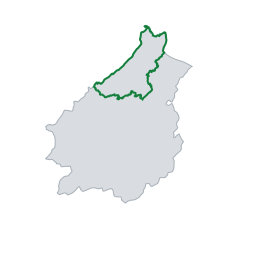 where Brest sits in Belarus, rotated 132°
{"feature_id": "BLR-2338", "entity_name": "Brest", "entity_type": "Region", "adm_level": 1, "iso_a3": "BLR", "parent_name": "Belarus", "parent_adm1": "", "projection": "robinson", "projection_center": [25.618, 52.455], "detail": "fine", "context": "in_parent", "style": "outline", "palette": "green", "viewbox_px": 256, "rotation_deg": 132, "n_neighbors": 0, "source": "natural_earth", "source_scale": "10m", "svg_char_len": 8681}
<svg xmlns="http://www.w3.org/2000/svg" viewBox="0 0 256 256"><g transform="rotate(132 128 128)"><path d="M205.9,168.7L202.1,168.5L197.5,168.6L195.0,170.0L192.1,169.3L190.2,170.1L185.7,174.0L184.0,176.0L182.4,179.2L181.5,181.6L182.1,183.3L183.0,184.8L183.2,186.5L183.7,187.8L182.6,188.7L182.0,190.1L180.0,189.9L177.6,188.5L177.1,186.7L175.2,185.3L174.0,184.6L172.0,184.5L168.9,185.2L164.8,185.6L161.7,185.8L160.0,186.4L157.5,187.1L156.5,186.3L155.1,184.2L153.9,182.0L153.1,181.1L152.4,180.8L151.6,180.9L150.6,181.5L149.9,182.2L147.4,183.1L146.2,183.8L145.0,185.8L144.2,185.6L143.3,185.2L142.3,183.0L140.9,182.5L138.7,182.5L136.0,182.0L133.8,181.3L133.0,181.5L131.7,182.4L130.3,182.5L127.2,181.7L126.6,182.1L124.9,184.5L124.1,184.6L123.6,184.3L123.8,182.2L122.0,181.5L119.0,181.4L116.9,181.7L115.8,181.6L115.3,181.2L112.7,177.6L111.3,177.4L108.8,177.6L105.2,177.1L101.0,176.3L98.7,176.1L97.5,175.3L94.9,175.0L88.0,173.5L85.2,173.2L81.0,173.2L74.7,172.9L70.7,173.1L68.8,173.6L66.6,173.9L59.1,174.3L56.4,174.7L55.6,175.4L54.7,177.0L51.6,179.9L48.6,181.7L48.0,181.9L46.2,180.9L44.8,180.6L43.1,180.5L41.8,180.8L41.1,181.2L41.1,183.4L41.0,183.6L39.7,181.0L39.8,178.7L40.6,177.4L41.5,176.2L41.1,174.4L42.0,172.0L42.1,170.2L41.7,169.5L41.0,168.6L39.1,167.7L38.2,166.9L35.6,165.9L33.0,164.7L32.5,163.9L32.7,163.4L33.1,162.6L35.2,160.3L37.4,158.1L38.8,157.2L46.1,154.3L47.3,153.3L47.6,151.6L47.5,148.1L47.1,145.0L46.6,142.8L45.2,138.7L41.5,130.3L39.3,121.6L40.8,122.1L44.3,122.3L47.0,121.7L48.5,121.6L49.8,121.8L53.4,121.3L54.3,122.1L55.9,122.8L59.1,121.8L62.0,120.6L64.9,120.7L65.3,120.1L66.0,117.0L66.9,116.3L70.4,116.7L71.7,116.1L73.1,114.6L75.2,113.6L76.9,113.6L78.7,112.6L79.6,113.3L80.0,114.6L79.4,115.6L79.7,116.0L80.9,116.5L83.0,116.5L84.4,116.0L84.7,115.5L84.7,114.4L84.4,113.4L83.5,112.6L81.8,112.1L80.6,112.1L80.4,111.6L80.8,110.4L81.8,108.3L83.1,106.3L83.9,105.6L84.1,104.9L83.9,103.8L83.9,101.7L85.0,98.7L86.6,96.5L88.6,95.8L91.2,95.4L92.8,94.4L93.6,93.2L94.3,91.4L95.1,91.0L101.2,91.2L102.1,89.4L102.6,88.8L103.8,88.3L104.6,87.6L104.3,87.1L102.7,86.8L99.1,86.5L98.3,85.9L98.6,85.2L99.5,83.3L100.4,80.8L100.9,78.9L101.0,77.8L101.5,77.5L104.5,77.2L105.4,76.8L108.0,74.2L109.9,73.8L115.0,74.4L117.3,74.4L120.2,74.6L120.5,74.3L121.5,71.7L126.4,67.6L129.0,66.2L130.7,65.9L131.3,66.0L134.0,68.1L134.6,68.2L136.4,67.3L139.4,67.2L140.9,68.0L143.0,70.6L144.0,71.0L147.0,69.5L148.6,69.0L149.7,69.0L155.4,71.1L155.8,71.7L155.9,72.5L155.1,74.9L156.3,76.4L157.7,77.4L160.5,75.7L161.6,75.3L162.7,75.3L164.3,74.6L165.4,73.7L166.5,73.4L168.5,73.6L172.3,73.4L176.7,74.8L177.1,75.3L179.3,77.0L180.1,77.9L180.9,78.1L182.0,79.0L183.6,79.5L184.7,79.3L185.2,79.6L185.7,80.3L185.8,81.4L185.8,84.6L184.3,86.2L184.1,86.8L184.2,87.5L185.5,88.9L187.2,91.0L187.6,92.3L187.6,93.2L185.5,96.0L184.8,96.6L184.3,98.0L184.1,99.4L184.3,100.0L188.0,102.2L190.8,103.5L191.4,104.0L191.5,104.4L190.1,106.8L190.0,107.5L192.2,108.5L193.5,110.0L194.6,112.6L196.8,115.0L204.6,118.6L205.3,119.3L205.6,120.0L205.4,121.7L204.1,124.9L205.5,125.4L208.9,125.3L213.0,125.7L218.1,127.9L218.2,128.9L217.7,129.9L218.1,130.8L218.7,131.7L223.1,134.2L223.5,134.9L223.7,136.2L223.6,137.1L222.4,137.2L221.1,137.7L218.9,138.7L218.2,140.3L214.7,142.4L212.6,143.3L210.8,143.4L206.7,142.9L205.2,141.9L204.6,141.0L203.0,140.5L200.9,140.5L198.0,140.6L197.4,140.9L197.0,142.1L195.8,144.1L194.9,145.2L198.8,149.2L200.7,150.8L201.3,151.8L201.3,152.5L200.5,153.4L200.7,155.1L202.5,157.3L201.9,157.6L201.9,160.4L202.0,163.3L202.5,164.0L203.5,164.6L204.4,165.6L205.8,168.1L205.9,168.7Z" fill="#d9dde1" stroke="#a8b0b8" stroke-width="1"/><path d="M83.1,173.4L76.4,173.3L73.0,172.6L72.1,172.6L71.2,172.8L69.4,173.6L63.7,174.3L63.3,174.3L62.0,174.0L57.0,174.3L56.5,174.5L56.1,174.8L55.4,175.7L55.0,176.2L54.5,177.9L54.0,178.5L51.7,179.7L48.6,181.9L47.8,182.0L47.2,181.6L46.7,181.0L45.9,180.8L45.4,180.7L43.9,180.4L43.5,180.4L41.5,180.8L41.2,180.9L41.0,181.1L40.8,181.4L40.7,181.6L41.4,183.0L41.4,183.3L41.3,183.7L41.2,183.7L40.9,183.3L40.3,183.1L40.1,182.7L40.3,182.7L39.9,182.1L39.7,181.7L39.7,181.3L39.8,180.6L39.8,180.4L39.5,180.2L39.8,179.9L40.1,179.7L39.9,179.4L39.8,179.2L40.1,179.1L40.0,178.9L39.8,178.6L40.0,178.0L40.1,177.6L40.5,177.3L40.9,177.0L41.3,176.7L41.5,176.1L41.2,175.8L40.9,175.3L41.1,175.1L41.2,174.5L41.4,174.4L41.3,174.2L41.4,173.9L41.4,173.1L41.6,172.6L42.0,171.9L42.2,171.6L42.6,171.4L42.3,171.0L42.1,170.0L41.9,169.7L41.9,169.4L41.8,169.1L41.4,168.9L41.0,168.3L40.6,168.2L39.7,168.2L39.3,168.1L38.7,167.2L38.8,167.1L38.9,166.8L38.8,166.6L38.5,166.9L38.1,166.6L37.8,166.8L37.6,166.7L37.4,166.6L37.1,166.5L36.9,166.6L36.9,166.3L37.0,166.2L36.5,166.1L35.3,165.8L35.0,165.6L34.7,165.6L33.3,165.3L32.8,165.1L33.0,164.7L32.9,164.3L32.7,164.1L32.3,163.9L33.3,162.4L33.7,161.9L34.5,161.2L37.0,158.2L38.8,157.1L40.6,156.3L43.9,155.5L46.6,154.1L47.4,153.4L47.7,152.3L47.7,151.5L48.1,151.4L50.7,151.6L51.1,151.5L51.7,151.1L52.2,150.8L52.4,150.8L52.6,150.9L52.9,151.3L53.3,151.4L54.3,151.5L55.3,151.3L55.5,151.3L55.5,151.6L56.1,151.5L56.6,151.4L56.8,151.4L57.1,151.4L58.0,151.9L58.3,152.1L58.7,152.3L59.2,152.4L59.7,152.3L60.2,152.2L60.4,152.1L60.5,152.0L60.5,151.8L60.4,151.4L60.2,151.1L60.2,150.9L60.5,150.2L61.0,149.9L61.1,149.6L60.7,149.3L60.7,149.2L61.4,148.6L62.3,148.1L62.4,147.9L62.4,147.7L61.6,147.6L61.5,147.4L61.7,147.2L62.6,146.8L63.1,146.7L64.3,147.2L65.4,147.4L66.1,147.4L66.4,147.3L66.8,146.7L67.1,146.5L68.0,146.7L68.3,146.9L68.5,147.3L68.6,147.7L68.5,148.1L69.5,148.5L69.9,148.4L70.2,148.1L70.4,147.9L70.6,147.9L70.7,148.0L70.4,148.8L70.4,149.0L70.5,149.3L70.5,149.7L70.5,149.8L70.9,150.0L71.1,149.9L71.4,149.8L72.2,149.5L72.4,149.5L72.9,149.6L73.2,149.6L73.7,149.3L74.4,149.1L74.6,149.1L74.7,149.4L74.7,149.5L75.0,149.6L75.6,149.8L75.9,149.7L76.1,149.6L76.1,149.4L76.0,149.2L75.7,149.1L75.5,148.7L75.8,148.5L75.9,148.4L75.5,148.0L75.4,147.9L75.4,147.7L75.5,147.4L75.8,147.3L76.0,147.3L76.3,147.4L76.7,147.4L77.5,147.2L77.8,146.9L77.8,146.6L78.3,146.2L78.7,145.7L78.9,145.5L79.9,145.0L80.1,144.8L80.6,143.7L81.3,142.8L81.5,142.3L81.4,142.0L81.2,141.7L80.9,141.5L80.4,141.4L80.3,141.2L81.2,140.5L81.5,140.2L81.4,139.9L80.9,139.6L80.8,139.4L80.9,139.0L81.1,138.7L81.3,138.7L81.9,138.6L82.1,138.5L82.2,138.3L82.3,137.4L82.4,137.2L83.0,136.4L83.2,136.0L83.5,135.7L83.8,135.6L84.6,135.6L85.4,135.5L85.6,135.6L85.9,135.7L86.0,135.8L86.5,135.7L86.9,135.7L87.2,135.9L87.4,136.0L90.2,136.2L90.6,136.1L91.1,136.1L92.2,136.3L93.9,136.4L94.4,136.5L94.9,136.7L95.4,136.7L97.0,136.3L96.9,137.5L97.0,137.7L97.3,138.0L97.4,138.3L97.4,138.9L97.4,139.1L97.1,139.3L96.1,139.3L95.8,139.5L95.3,139.9L95.0,140.4L94.8,140.7L94.8,140.9L94.9,141.1L95.2,141.2L95.5,141.3L95.9,141.2L96.0,141.2L96.0,141.3L96.1,141.7L96.5,141.9L96.6,142.4L96.7,142.5L97.1,142.6L98.5,142.7L98.7,142.8L99.4,143.4L99.8,144.0L99.8,144.3L99.7,144.4L99.4,144.4L98.6,144.4L98.4,144.4L98.1,144.5L97.8,144.9L97.4,145.6L97.0,145.8L96.9,145.9L97.0,146.2L97.2,146.5L98.0,147.6L98.1,147.8L98.2,148.2L98.4,148.5L97.7,149.1L97.7,149.3L98.3,150.1L98.5,150.1L99.0,149.8L99.2,149.6L100.1,149.6L100.2,149.4L100.3,148.9L100.4,148.7L101.1,148.6L101.8,148.9L102.4,149.1L102.5,149.3L102.6,149.8L102.8,149.9L103.0,150.0L103.3,150.0L103.9,149.9L104.1,149.8L104.3,150.0L104.8,150.8L105.4,151.4L105.5,151.5L107.6,152.0L108.5,152.4L108.8,152.3L109.2,151.9L109.4,151.9L110.1,152.3L110.1,152.5L110.0,152.8L110.0,153.0L110.7,153.8L110.8,153.9L111.0,154.0L111.7,154.1L112.7,154.1L113.0,154.2L113.4,154.8L113.5,155.2L113.3,155.6L113.2,155.7L110.7,155.8L110.4,156.3L110.4,156.5L110.8,156.8L110.9,157.0L110.4,157.5L110.6,157.7L110.8,158.0L111.7,158.7L112.5,159.2L112.6,159.3L112.8,159.7L112.8,159.9L112.6,160.2L112.3,160.5L112.2,160.6L112.5,160.8L115.1,162.0L115.3,162.6L115.4,162.8L115.6,163.0L116.8,163.0L117.0,163.1L117.4,163.8L117.7,164.1L118.2,164.2L120.2,165.2L120.5,165.5L120.6,165.8L120.5,166.0L120.3,166.4L120.2,166.6L120.3,167.1L120.3,167.8L120.4,169.6L120.5,169.7L121.2,170.3L121.7,170.6L121.8,170.8L121.8,171.0L121.7,171.3L121.6,171.5L120.4,172.7L120.3,173.0L120.5,173.5L120.5,173.8L120.4,174.3L120.3,174.7L120.0,175.2L120.0,175.3L120.2,175.5L120.9,176.1L121.0,176.2L121.1,176.6L121.1,177.4L121.0,177.7L120.9,178.0L120.7,178.4L120.3,178.4L120.1,178.8L120.2,180.9L119.5,180.9L119.1,181.1L118.6,181.6L118.1,181.7L117.7,181.8L116.5,181.6L115.7,181.8L115.3,181.8L115.0,181.6L115.1,181.2L115.4,180.7L115.4,180.2L114.8,180.1L114.3,180.1L113.9,180.1L113.6,179.9L113.5,179.4L113.5,178.7L113.5,178.2L113.4,177.8L112.9,177.5L112.0,177.4L110.2,177.3L108.2,177.9L106.9,177.7L103.0,176.4L98.6,176.3L98.3,176.1L98.0,175.9L98.0,175.6L98.0,175.4L98.0,175.2L97.8,175.1L93.1,174.9L92.5,174.7L91.2,173.8L90.6,173.7L89.1,173.7L84.8,173.1L83.1,173.4Z" fill="none" stroke="#15803d" stroke-width="2"/></g></svg>